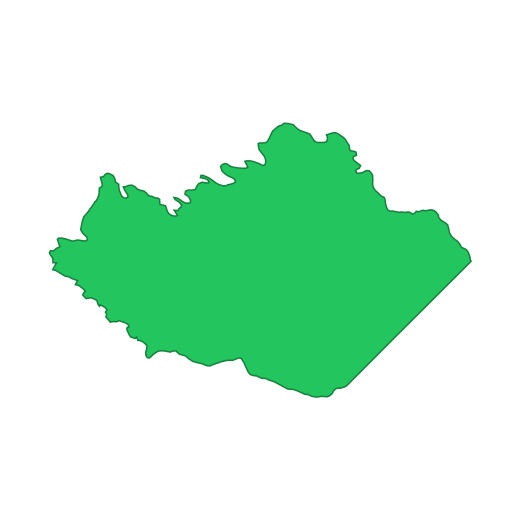 Mundo Novo, Goiás, Brazil, rotated 309°
{"feature_id": "56859067B59704629353682", "entity_name": "Mundo Novo", "entity_type": "district", "adm_level": 2, "iso_a3": "BRA", "parent_name": "Brazil", "parent_adm1": "Goiás", "projection": "equal_earth", "projection_center": [-50.198, -13.778], "detail": "fine", "context": "isolated", "style": "filled", "palette": "green", "viewbox_px": 512, "rotation_deg": 309, "n_neighbors": 0, "source": "geoboundaries", "source_scale": "gbopen_adm2", "svg_char_len": 4604}
<svg xmlns="http://www.w3.org/2000/svg" viewBox="0 0 512 512"><g transform="rotate(309 256 256)"><path d="M381.5,202.6L380.4,200.1L379.1,197.5L376.7,194.2L373.4,193.5L371.4,191.9L367.4,191.0L363.6,190.3L361.7,190.7L354.8,192.4L351.1,192.7L349.3,191.4L347.9,190.0L346.4,187.9L344.8,186.9L342.7,188.9L340.6,191.6L338.6,200.0L337.4,202.1L336.3,203.4L334.0,205.1L332.1,205.3L330.6,204.4L329.7,200.0L327.3,193.4L325.9,191.1L324.3,189.1L322.6,187.7L321.0,191.5L319.8,193.7L317.8,193.0L313.1,186.7L311.8,184.2L310.7,182.5L309.5,179.1L309.3,175.7L308.2,173.6L305.8,172.2L303.2,172.2L300.8,175.9L300.4,178.3L300.4,181.2L300.8,184.4L301.9,188.4L302.2,191.2L300.5,193.5L298.3,192.7L295.5,190.9L293.8,189.4L291.9,188.5L290.2,187.0L288.2,182.5L287.5,178.3L287.3,173.1L287.1,170.4L286.4,167.7L285.2,163.8L284.0,162.5L281.9,163.5L284.5,168.6L284.7,171.3L283.2,173.2L281.5,171.5L279.3,167.6L276.5,166.0L274.1,165.9L272.2,166.3L269.8,167.0L268.2,166.0L266.3,164.1L264.5,161.7L262.0,160.4L259.2,162.0L259.7,165.3L259.2,167.9L257.7,170.5L256.1,171.3L254.1,169.8L252.6,167.4L252.0,164.1L251.7,159.0L249.9,155.4L248.9,157.7L249.3,160.8L249.4,163.0L248.5,166.5L246.5,166.9L244.5,166.3L242.2,166.8L240.1,163.6L238.8,167.4L238.0,169.5L236.6,168.8L234.6,165.5L234.1,162.3L234.7,159.2L236.6,156.5L238.1,153.9L236.7,151.2L235.7,148.8L237.3,147.2L239.4,145.5L239.2,143.1L238.0,141.9L236.8,137.4L235.8,135.9L235.4,133.9L236.0,131.0L235.9,128.0L234.4,125.2L233.3,121.5L233.7,118.6L233.0,115.0L230.7,112.6L229.0,111.8L226.1,109.4L224.8,112.1L223.9,114.4L222.8,117.6L221.3,119.4L219.3,118.7L218.2,117.1L217.9,114.6L218.8,112.4L221.0,108.5L222.9,106.3L225.3,104.2L225.1,100.0L227.2,97.8L228.6,94.2L227.7,90.0L226.6,88.4L225.0,87.5L222.0,87.5L219.2,85.5L216.0,90.0L214.6,91.7L212.8,92.5L210.3,91.5L204.5,95.6L200.2,96.8L198.1,97.1L196.7,96.6L194.5,97.1L183.8,97.7L178.2,97.5L173.6,99.2L166.0,103.2L164.6,107.5L164.2,112.7L162.6,114.7L160.2,114.0L156.2,107.3L152.0,104.0L149.7,97.8L147.7,93.8L145.7,91.4L144.0,91.1L139.7,97.8L136.1,96.0L133.9,95.6L132.4,95.5L130.7,92.9L128.4,93.5L127.4,95.7L126.5,99.0L125.4,100.5L123.0,102.4L125.1,105.2L117.4,106.6L118.8,109.7L120.1,119.8L122.0,123.6L122.5,126.8L124.6,132.8L123.0,133.1L120.0,133.7L121.6,136.8L121.7,141.1L121.4,145.5L119.0,145.3L116.6,145.9L116.0,150.8L119.7,154.0L121.0,157.9L121.2,160.5L119.1,163.4L118.4,166.0L120.1,165.8L121.0,171.0L120.5,174.1L117.6,174.3L116.8,176.6L114.0,177.9L113.6,181.3L112.8,184.4L114.3,185.5L115.8,187.1L117.3,189.2L119.5,190.2L120.7,193.4L122.0,196.8L122.2,200.2L120.8,201.9L119.4,200.8L117.6,201.8L115.1,206.7L114.2,209.6L115.9,214.0L117.7,214.2L116.1,217.3L117.2,219.1L118.1,222.1L118.0,225.8L117.3,228.1L115.5,229.2L112.2,230.7L109.8,232.5L108.6,235.4L109.7,237.4L115.7,238.3L120.0,239.6L122.0,241.2L124.1,243.8L127.6,250.1L129.3,250.8L131.9,253.5L131.6,255.5L131.5,258.3L134.0,263.9L133.8,268.5L134.4,273.4L135.7,276.5L138.2,281.6L140.1,287.4L141.8,289.6L143.3,290.2L150.1,294.4L152.3,295.7L157.0,299.5L158.8,301.5L160.2,303.5L163.9,305.6L165.8,306.5L167.1,308.9L165.7,313.4L163.5,317.8L161.2,322.3L160.2,325.9L161.6,329.6L163.2,331.9L164.5,337.3L166.9,340.6L167.9,344.4L169.8,349.5L172.6,364.5L175.7,368.7L177.2,372.9L179.3,381.0L181.1,383.8L182.0,387.2L182.8,389.1L184.7,392.2L188.1,395.2L191.6,400.1L193.6,401.1L197.1,401.8L200.2,401.1L202.1,401.4L204.3,402.1L206.3,404.7L209.5,407.0L212.2,408.1L279.2,415.0L329.7,420.4L360.0,423.6L387.2,426.5L388.2,424.5L389.8,423.1L390.8,421.3L392.5,418.6L393.3,415.4L392.8,413.0L392.0,410.2L393.6,406.7L394.3,402.7L394.0,400.3L394.3,395.9L395.4,392.6L396.5,390.8L398.1,389.1L400.8,385.4L400.9,382.6L400.7,379.9L400.2,377.5L400.9,373.7L402.6,372.0L403.4,368.4L403.4,366.0L402.8,364.1L401.4,362.3L397.7,359.1L396.8,357.3L395.3,355.9L393.3,355.2L391.6,352.4L389.2,352.4L387.1,351.2L386.7,347.7L385.6,346.2L383.6,344.3L381.7,341.3L379.9,339.6L378.6,337.2L377.2,334.3L375.2,331.9L374.7,329.2L377.2,324.9L381.5,320.2L382.2,318.4L381.3,315.0L381.8,311.9L382.1,307.2L383.1,304.1L385.0,301.6L388.5,299.0L392.2,295.7L393.0,293.5L393.5,290.3L391.7,287.9L390.3,287.3L388.5,286.7L386.3,285.0L383.9,282.6L385.1,279.5L386.9,279.8L389.0,281.1L392.2,280.3L391.9,273.5L392.2,270.8L393.8,269.3L395.6,269.7L397.5,270.8L399.7,268.3L398.8,265.7L397.5,263.9L397.8,261.4L399.2,260.3L400.5,258.9L401.8,254.9L402.9,251.9L403.1,248.4L402.6,242.9L402.0,240.6L401.0,239.1L399.6,237.9L396.5,235.8L394.5,234.5L393.6,236.3L392.3,237.6L390.6,238.4L389.0,238.7L387.2,237.5L383.2,232.8L382.3,231.0L382.3,228.5L383.1,225.6L384.0,223.5L384.6,220.8L381.1,210.6L381.0,205.6L381.5,202.6Z" fill="#22c55e" stroke="#15803d" stroke-width="1.5"/></g></svg>